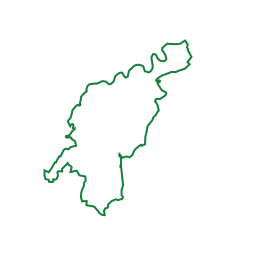 the district of Janub Al Jazirah, Gezira, Sudan, rotated 235°
{"feature_id": "16777658B42826552417214", "entity_name": "Janub Al Jazirah", "entity_type": "district", "adm_level": 2, "iso_a3": "SDN", "parent_name": "Sudan", "parent_adm1": "Gezira", "projection": "orthographic", "projection_center": [33.449, 14.094], "detail": "fine", "context": "isolated", "style": "outline", "palette": "green", "viewbox_px": 256, "rotation_deg": 235, "n_neighbors": 0, "source": "geoboundaries", "source_scale": "gbopen_adm2", "svg_char_len": 3806}
<svg xmlns="http://www.w3.org/2000/svg" viewBox="0 0 256 256"><g transform="rotate(235 128 128)"><path d="M74.8,55.8L71.7,57.0L70.0,58.9L70.7,59.4L71.4,59.8L72.4,60.0L72.9,60.2L73.5,60.4L73.9,60.9L74.2,61.7L75.2,62.8L74.9,64.0L74.5,65.3L74.7,66.3L75.2,66.8L76.0,67.2L76.9,68.2L77.1,70.0L77.5,72.1L76.7,76.9L74.4,78.8L73.4,82.6L74.1,84.2L76.5,84.2L78.5,85.5L80.8,87.1L83.7,91.0L100.0,100.0L100.5,99.5L101.3,99.9L101.2,100.8L102.7,101.8L105.0,103.4L107.4,105.0L110.6,105.0L111.5,106.0L106.9,106.4L105.4,110.6L103.1,112.3L103.3,116.1L105.6,119.6L106.5,122.3L106.9,128.8L105.5,129.1L105.5,130.9L105.1,131.8L104.8,132.5L110.7,137.1L111.6,138.0L114.9,141.7L118.2,145.0L119.3,148.2L119.9,150.9L120.6,152.6L121.3,153.7L122.2,154.9L122.6,158.0L124.0,160.8L124.5,162.0L124.5,162.7L124.9,163.4L128.0,164.6L128.8,164.9L129.7,165.3L132.4,165.6L133.9,165.9L134.3,165.5L135.3,166.5L135.6,167.6L135.0,168.8L133.4,170.5L133.3,173.5L133.2,176.4L133.5,178.2L134.5,179.3L135.7,179.3L136.7,179.0L137.6,178.3L139.4,177.4L142.8,177.4L144.4,177.5L145.7,177.5L147.3,177.8L147.8,178.1L148.0,178.6L147.7,179.2L147.5,180.0L147.7,180.7L148.0,181.2L148.9,181.1L149.2,180.5L149.3,179.7L149.3,178.8L149.6,178.4L150.3,178.3L151.1,178.4L151.7,180.9L151.4,186.5L150.9,188.0L149.4,193.8L148.9,196.1L148.1,197.0L146.4,199.2L145.7,202.9L144.9,205.2L143.9,208.6L144.9,215.1L147.9,214.5L148.8,217.3L149.8,220.8L150.4,220.8L156.1,221.6L156.8,221.6L157.5,221.8L157.9,222.4L160.1,222.4L162.0,224.7L165.3,224.9L166.9,224.9L167.0,222.0L167.1,219.0L168.4,216.7L168.7,216.2L169.4,215.2L170.3,213.8L171.5,212.4L172.0,211.6L172.7,210.6L174.4,208.9L174.4,207.1L174.3,206.1L174.2,204.2L173.9,202.4L172.7,200.8L170.5,200.7L166.7,200.5L165.8,200.3L165.2,200.1L164.5,199.9L162.7,199.2L161.8,197.5L162.0,195.8L163.2,194.4L164.6,193.0L166.0,192.6L167.1,192.3L169.2,192.3L170.6,192.7L171.3,192.9L172.2,192.9L174.1,191.2L173.4,189.3L172.2,187.5L169.9,186.4L169.1,186.0L167.7,185.4L164.5,183.8L162.6,182.0L162.0,180.5L161.5,179.1L161.6,176.9L162.8,176.0L163.2,175.6L164.7,174.4L165.9,174.7L167.0,175.0L168.8,175.6L169.4,175.8L170.5,175.7L170.8,175.3L171.8,174.6L172.5,174.2L174.1,172.6L174.4,171.8L174.7,171.0L175.0,170.4L175.4,168.7L175.1,166.6L174.9,165.5L174.7,164.7L174.6,163.2L174.1,161.4L172.4,159.5L170.2,157.2L170.4,155.3L171.6,154.6L174.0,154.7L176.8,154.9L177.4,154.0L178.0,152.3L178.0,151.2L178.0,149.9L177.7,147.3L174.6,143.3L173.8,139.6L174.7,137.4L178.7,136.5L181.1,133.9L182.2,127.9L183.5,126.3L184.3,124.6L184.9,123.4L186.0,121.2L185.5,118.7L182.7,115.3L182.2,115.5L181.5,114.8L181.5,114.0L181.8,113.3L181.3,110.3L180.3,107.2L179.0,106.3L175.9,102.8L175.0,102.7L174.1,102.0L174.3,100.9L175.5,100.6L176.0,99.6L175.4,96.2L174.4,92.7L171.4,89.5L170.4,88.2L169.1,86.4L168.4,83.3L167.5,82.5L165.9,82.1L162.7,81.7L163.4,83.2L163.3,84.3L162.8,85.1L161.7,85.0L160.9,84.1L160.3,84.1L159.6,82.8L158.7,83.2L157.8,83.7L157.8,83.8L157.7,83.7L157.6,83.0L157.7,82.1L157.4,80.9L157.2,79.8L156.5,78.3L155.8,76.5L155.9,75.1L156.9,72.5L156.4,72.0L155.1,72.5L153.7,75.2L153.1,75.8L152.4,75.9L151.6,75.5L147.5,77.0L143.2,75.3L144.8,71.4L145.2,70.0L144.9,68.3L144.6,67.1L146.3,65.7L146.9,64.4L147.0,63.1L146.1,61.5L144.8,58.9L143.4,56.4L144.2,55.5L142.6,52.0L141.1,49.1L141.7,48.3L141.1,46.8L139.3,43.2L137.5,38.4L137.2,37.7L141.1,35.3L139.7,34.3L137.1,32.4L133.6,31.1L131.1,33.3L129.4,32.4L127.9,34.0L127.2,35.4L126.9,36.0L128.2,36.7L128.8,37.4L127.4,38.9L127.2,40.4L129.1,43.3L132.1,44.7L132.5,46.2L130.2,49.2L132.4,50.6L133.4,56.6L133.9,58.5L131.6,58.3L129.8,59.2L128.5,59.5L126.9,58.0L125.0,55.7L124.2,57.0L123.7,59.0L122.4,61.5L117.2,61.0L112.8,65.2L109.2,63.2L108.0,60.1L106.1,58.9L104.8,57.0L104.4,56.0L103.3,54.4L102.0,52.8L98.1,49.6L94.2,48.4L93.2,50.3L91.8,52.2L88.6,49.7L83.0,55.2L77.6,55.8L74.8,55.8Z" fill="none" stroke="#15803d" stroke-width="2"/></g></svg>